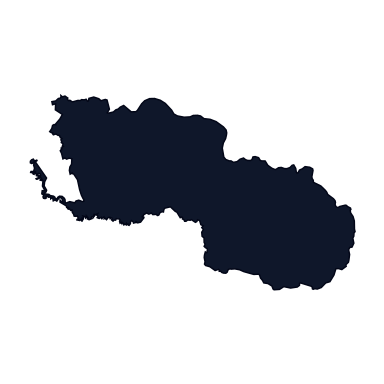 San José De Uré, Córdoba, Colombia (Mercator projection), rotated 264°
{"feature_id": "7082276B89146120642235", "entity_name": "San José De Uré", "entity_type": "district", "adm_level": 2, "iso_a3": "COL", "parent_name": "Colombia", "parent_adm1": "Córdoba", "projection": "mercator", "projection_center": [-75.56, 7.766], "detail": "fine", "context": "isolated", "style": "filled", "palette": "ink", "viewbox_px": 384, "rotation_deg": 264, "n_neighbors": 0, "source": "geoboundaries", "source_scale": "gbopen_adm2", "svg_char_len": 5918}
<svg xmlns="http://www.w3.org/2000/svg" viewBox="0 0 384 384"><g transform="rotate(264 192 192)"><path d="M262.4,217.6L263.7,211.6L266.7,208.5L267.7,205.5L268.0,201.2L266.9,198.0L267.2,192.0L269.2,185.4L271.5,182.1L275.5,180.3L282.9,174.7L286.6,170.0L288.9,164.5L289.3,159.6L287.7,154.5L285.0,151.2L278.7,146.1L277.7,144.5L278.1,139.9L285.2,133.1L283.9,129.5L282.2,127.2L281.7,124.9L279.8,122.2L279.1,116.8L279.6,116.0L283.0,118.5L292.4,117.1L293.1,115.4L292.3,111.0L294.5,109.1L296.7,104.2L295.9,99.3L293.4,98.5L293.2,97.5L295.3,96.4L294.9,94.4L295.4,91.8L294.6,90.4L295.0,88.2L294.1,82.5L296.0,80.1L295.7,79.1L296.1,78.5L297.7,77.7L298.4,78.3L300.7,75.7L300.2,73.1L301.6,71.7L300.1,71.7L298.9,70.3L299.0,68.9L296.8,66.0L296.5,62.1L293.4,62.4L294.0,65.6L288.0,64.7L282.7,71.2L278.4,68.2L274.0,63.6L273.1,63.6L273.5,61.9L272.8,60.3L269.8,59.2L266.9,56.8L265.6,58.5L265.5,59.7L264.4,59.5L263.4,60.1L263.9,62.7L262.3,64.8L262.2,66.0L259.8,66.8L258.7,68.2L257.6,67.1L255.9,67.7L254.8,67.2L253.4,68.9L251.6,68.1L250.8,68.8L250.4,67.5L248.3,66.9L248.8,66.5L247.8,66.3L246.8,65.3L244.2,66.3L238.4,67.1L239.1,69.1L237.8,70.8L238.5,73.3L237.7,76.0L232.2,75.1L229.7,73.2L226.3,72.3L222.5,72.7L223.5,74.9L222.7,75.0L222.4,76.1L221.6,76.6L216.2,79.4L206.0,80.5L200.4,81.7L196.5,83.1L196.1,83.7L194.1,83.4L193.9,82.0L195.7,78.5L195.2,75.7L193.5,74.3L195.2,69.4L194.0,64.8L197.8,64.9L199.2,64.3L201.2,62.4L201.7,59.8L200.7,57.9L199.1,56.9L199.9,55.3L201.1,55.1L202.3,53.9L203.3,50.6L204.6,49.4L205.3,46.1L206.5,45.0L207.3,46.8L209.0,47.6L213.4,45.6L217.5,46.5L221.1,48.8L237.7,39.7L238.5,39.6L239.4,41.1L239.9,40.9L239.3,38.7L241.3,37.6L240.8,35.9L239.5,34.5L237.9,34.3L237.1,35.5L237.4,36.7L238.4,37.8L237.9,38.4L235.3,37.3L232.2,37.9L229.9,37.0L229.0,36.5L229.2,34.0L228.3,33.6L227.8,35.4L226.4,36.0L226.1,36.8L228.0,37.0L228.6,38.5L226.7,38.4L226.0,39.0L226.6,41.7L226.1,42.7L224.1,43.2L223.5,42.5L225.3,40.4L225.1,39.0L224.5,39.0L224.0,40.5L222.9,41.2L222.3,40.8L221.5,38.3L221.0,38.6L220.9,39.4L222.3,43.1L220.7,43.9L220.4,42.5L219.7,42.2L219.1,43.7L219.5,44.5L218.9,45.0L213.5,43.9L209.2,45.6L208.6,44.8L209.0,43.2L206.2,42.5L205.5,42.7L204.9,44.4L202.7,43.3L201.3,43.7L200.8,45.2L201.3,46.4L202.2,46.0L203.8,46.3L202.5,46.5L203.4,48.3L202.3,48.2L201.8,48.8L201.8,50.9L200.0,50.8L201.2,52.8L197.7,53.1L198.4,54.9L197.1,56.6L200.4,59.5L200.0,61.0L198.2,62.3L195.6,62.8L195.8,61.5L197.6,60.0L195.7,59.7L191.3,65.6L189.8,65.7L189.5,67.3L188.8,66.6L187.9,67.1L187.8,68.6L186.4,69.5L186.7,70.7L184.1,70.9L182.4,71.9L180.3,72.3L179.9,74.3L180.3,75.2L179.2,75.9L177.7,75.9L177.0,76.4L176.8,74.8L176.3,74.6L175.4,77.4L176.4,78.6L174.7,79.3L174.7,79.8L177.3,80.1L176.4,80.9L178.4,81.6L179.5,81.1L178.8,83.1L177.2,83.4L178.1,84.5L179.3,84.6L177.7,85.8L177.3,85.2L176.5,85.2L176.9,85.7L175.9,85.9L175.2,86.7L176.0,89.7L176.5,88.9L177.9,89.7L177.1,91.3L178.3,91.5L178.1,92.2L179.1,93.1L179.6,92.0L180.1,92.3L179.5,93.5L180.2,95.8L178.9,94.9L178.0,95.9L176.9,95.7L176.2,94.5L176.3,95.4L175.4,96.9L176.3,99.1L175.0,99.4L176.4,101.8L175.7,101.9L175.0,102.9L174.6,102.3L174.6,103.0L173.4,104.1L175.4,106.0L175.5,107.5L174.1,107.8L174.9,108.7L174.5,109.6L173.8,109.8L172.7,109.1L171.3,110.4L172.3,111.7L172.0,113.1L173.4,113.9L172.7,117.0L171.9,117.6L170.6,116.9L168.6,117.2L169.0,117.8L168.3,118.5L169.0,118.9L168.1,119.1L168.8,119.5L168.1,120.4L166.7,120.7L167.2,121.2L166.6,121.5L166.6,122.3L167.7,123.4L166.2,123.5L166.9,124.9L165.9,125.1L165.4,125.9L166.9,127.4L168.4,127.6L169.9,128.7L168.6,130.4L167.2,130.6L167.5,132.7L168.5,133.0L168.3,133.8L167.3,134.0L167.0,134.8L167.4,137.7L171.4,141.5L172.1,141.4L172.5,139.9L173.0,139.9L173.8,141.3L174.9,141.7L174.8,142.5L175.9,144.5L174.5,146.8L175.3,149.4L173.6,150.7L173.5,154.3L172.4,154.9L172.2,155.5L172.6,156.6L174.8,158.0L175.5,160.1L175.1,161.5L177.6,162.2L178.8,163.4L179.5,169.0L174.5,173.3L173.5,174.9L167.7,177.6L168.2,179.0L167.8,179.8L166.2,179.7L165.3,181.1L163.7,181.6L163.5,182.9L164.6,184.8L164.1,187.4L164.6,188.5L161.5,192.2L162.1,193.7L163.8,194.6L162.8,196.6L158.6,197.4L157.2,199.6L155.6,198.0L153.5,199.4L151.0,197.5L146.9,197.4L145.1,199.2L140.6,198.8L138.7,199.6L136.7,198.4L135.2,199.6L134.2,201.1L133.4,201.3L130.2,200.6L130.1,200.0L131.0,199.0L127.9,197.8L125.5,197.3L121.2,197.7L119.0,196.9L117.5,197.8L115.8,202.0L111.5,206.8L112.3,210.4L111.7,210.9L110.3,210.8L110.2,212.2L108.9,213.2L108.1,214.8L107.7,217.2L108.7,218.7L110.4,219.4L111.3,220.5L111.7,222.1L111.2,222.7L111.1,226.5L109.7,231.2L107.4,235.2L103.6,244.8L103.3,249.5L102.5,250.5L99.2,251.2L96.7,252.9L94.1,253.9L93.0,258.0L90.1,261.7L87.0,262.5L86.2,263.4L86.0,268.9L88.3,273.4L86.2,280.0L86.5,286.8L87.9,289.1L89.9,289.4L90.2,290.5L85.8,300.8L84.5,301.8L83.2,301.6L82.6,302.3L83.0,304.2L82.4,306.4L83.5,310.6L87.6,315.5L88.4,319.8L94.6,324.5L100.7,327.1L100.5,329.8L99.2,332.9L102.0,337.6L103.5,337.3L105.8,340.2L107.9,340.9L113.4,342.2L118.1,341.7L120.3,343.0L120.5,345.4L124.2,347.6L129.3,347.1L131.1,348.3L134.3,348.8L135.5,350.0L138.2,349.7L146.3,350.4L150.8,349.6L154.6,347.6L157.1,347.4L158.1,348.2L159.5,347.9L161.4,345.0L162.5,344.3L162.9,343.1L162.1,337.2L161.3,335.8L161.7,334.4L162.7,333.5L164.8,333.0L166.7,333.6L168.5,333.3L170.5,332.0L175.4,326.7L177.7,326.0L179.7,324.8L184.5,320.8L188.9,313.8L191.1,313.8L192.8,312.9L194.7,312.8L200.8,314.6L202.4,314.4L204.3,311.7L205.4,307.1L203.5,304.1L202.6,301.2L200.0,299.4L199.9,298.4L200.9,297.8L204.7,297.6L208.3,296.0L208.1,294.4L206.1,292.0L205.3,288.8L205.6,286.5L207.1,283.3L207.1,280.6L205.6,277.7L206.0,276.2L207.3,273.9L210.6,270.2L215.2,268.0L215.7,264.1L216.6,263.0L219.2,261.8L220.6,258.5L220.5,256.3L217.9,255.0L217.2,253.4L217.6,250.5L218.6,248.6L220.4,246.8L219.6,243.2L217.5,240.1L217.2,236.9L217.3,236.0L218.8,234.2L219.1,232.2L220.8,229.0L223.4,227.3L232.5,226.7L237.5,228.3L241.6,231.0L245.1,232.2L247.2,232.7L250.1,232.4L253.4,230.1L259.5,223.3L262.4,217.6Z" fill="#0f172a" stroke="#020617" stroke-width="1.5"/></g></svg>